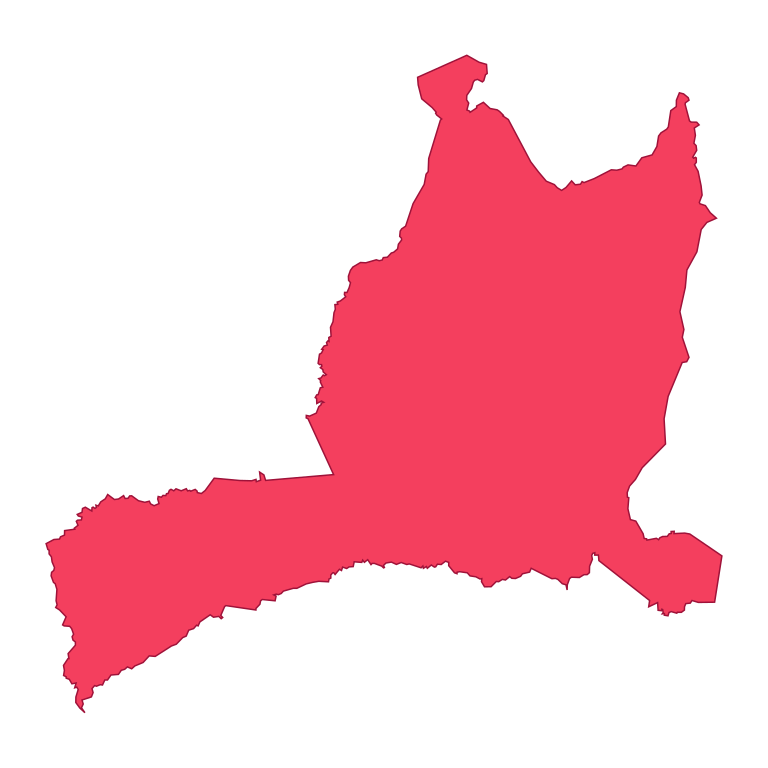 outline of Los Reyes, Michoacán, Mexico
{"feature_id": "50627088B42004114063605", "entity_name": "Los Reyes", "entity_type": "district", "adm_level": 2, "iso_a3": "MEX", "parent_name": "Mexico", "parent_adm1": "Michoacán", "projection": "orthographic", "projection_center": [-102.401, 19.663], "detail": "fine", "context": "isolated", "style": "filled", "palette": "rose", "viewbox_px": 768, "rotation_deg": 0, "n_neighbors": 0, "source": "geoboundaries", "source_scale": "gbopen_adm2", "svg_char_len": 6035}
<svg xmlns="http://www.w3.org/2000/svg" viewBox="0 0 768 768"><path d="M84.9,712.7L81.5,707.8L83.2,704.0L82.0,700.0L91.4,696.9L93.1,692.6L92.0,688.6L94.6,685.6L96.5,686.2L100.2,684.7L102.5,685.0L104.8,680.0L107.5,680.0L111.0,675.0L118.4,674.4L121.3,670.3L124.7,669.3L127.4,666.9L131.7,668.8L134.9,665.9L143.1,662.5L149.2,655.9L155.2,656.4L171.4,646.0L176.3,644.2L182.7,637.6L186.2,636.1L188.7,630.2L193.6,628.6L196.6,625.2L198.1,625.9L199.9,621.9L210.2,614.8L213.5,617.2L218.8,616.4L221.2,618.7L222.7,617.5L220.8,615.4L224.6,606.6L225.8,605.6L255.9,610.0L256.0,608.4L259.9,604.3L260.6,600.8L262.2,599.5L275.1,600.8L276.1,596.1L273.8,594.9L276.3,594.1L278.3,594.7L281.2,593.5L283.4,591.1L293.3,588.3L296.9,588.3L306.2,583.9L312.9,582.3L318.8,581.3L328.5,581.8L329.0,579.0L330.8,578.1L330.8,575.0L332.6,572.9L333.7,572.7L335.1,574.5L339.4,569.3L341.5,570.5L342.6,567.1L346.7,568.5L349.1,566.9L353.2,566.6L354.2,561.8L361.8,562.4L362.7,560.1L364.4,562.3L367.7,559.7L371.0,564.6L372.1,563.4L374.4,563.4L381.7,566.1L383.6,567.9L384.4,567.5L383.5,565.4L386.0,563.0L391.4,562.1L396.4,564.4L401.2,562.5L406.8,564.5L409.2,563.9L421.1,567.8L422.9,566.0L423.4,568.3L426.4,566.5L427.3,568.3L431.3,565.0L434.4,567.1L435.7,566.8L437.4,564.2L441.2,564.5L445.5,561.2L448.7,562.4L448.7,565.7L454.5,572.8L457.0,573.7L457.1,572.2L459.7,571.7L467.3,572.8L470.0,575.9L475.9,576.8L480.0,579.0L481.8,578.6L481.5,581.7L484.5,586.8L491.1,586.7L496.3,581.5L498.7,581.7L502.3,579.4L505.5,580.0L509.7,576.6L511.8,578.3L515.5,578.5L520.6,576.3L522.4,573.8L529.6,572.1L531.2,568.3L551.9,578.7L555.5,578.4L557.9,579.4L562.3,583.7L566.0,584.8L567.1,590.0L567.3,584.8L569.6,578.5L571.4,577.2L579.4,577.5L583.9,574.7L587.2,574.6L589.4,572.7L589.6,566.2L592.4,559.3L591.7,555.6L592.6,553.4L594.8,552.7L594.7,555.1L598.4,555.1L598.9,560.6L649.6,600.5L648.7,606.8L657.6,602.6L658.1,610.3L661.5,610.7L661.9,609.2L662.7,609.6L663.2,612.6L662.3,613.8L664.4,613.6L664.3,615.2L668.0,615.8L669.0,612.5L671.2,611.6L676.8,613.2L677.3,612.3L681.4,612.3L684.4,610.1L684.5,606.8L685.8,603.6L690.3,603.1L692.0,600.5L698.3,602.4L714.6,602.2L721.9,555.9L689.8,534.0L684.7,533.1L674.0,533.6L674.2,531.3L671.1,531.5L671.2,533.5L669.2,533.8L667.3,536.4L662.6,536.5L659.8,537.8L658.6,539.7L656.4,538.3L646.9,540.1L646.6,538.8L644.2,538.5L643.1,533.7L635.8,521.1L630.4,519.6L627.9,508.7L628.8,497.7L627.4,497.2L627.2,492.6L629.6,486.0L635.4,479.5L642.2,467.7L665.5,444.0L664.1,418.8L668.1,396.5L682.2,362.5L686.7,361.7L689.0,357.4L682.3,337.3L683.9,329.5L679.9,311.7L685.3,287.4L686.9,270.0L696.9,251.8L701.2,229.5L706.9,222.4L716.4,218.2L710.2,212.7L705.4,205.6L700.0,203.8L699.3,202.4L702.1,195.1L701.1,185.9L698.1,171.3L694.5,164.7L696.3,162.3L696.3,158.0L695.4,157.3L693.7,158.2L692.7,157.2L696.7,150.3L696.1,145.6L693.9,143.3L695.4,135.3L694.3,128.0L699.1,124.9L696.7,122.2L691.1,122.1L689.5,120.9L685.1,104.3L685.4,102.8L689.0,100.2L688.2,97.7L683.6,93.9L679.4,92.8L676.4,100.2L676.3,106.6L670.8,110.6L668.3,127.0L666.7,129.2L661.0,132.8L658.6,136.0L656.9,146.5L652.1,154.9L641.8,157.8L635.9,166.0L628.0,164.9L623.4,167.1L622.0,168.9L616.8,170.2L611.3,169.8L594.2,178.6L584.0,182.6L582.1,181.6L580.5,184.2L575.2,184.8L571.6,180.9L566.0,187.5L561.6,190.4L557.2,187.7L554.4,184.6L546.3,181.2L538.6,172.1L530.7,161.8L508.3,119.5L502.8,115.9L503.4,115.3L499.5,111.4L497.1,109.8L490.1,108.5L483.4,102.3L476.7,106.0L476.7,107.9L470.1,112.3L469.6,111.1L466.9,110.0L468.7,103.1L466.6,99.8L466.8,95.4L471.5,88.5L473.3,82.1L474.7,80.2L477.6,79.4L482.4,81.9L483.8,80.6L485.5,74.7L487.2,73.5L486.5,64.4L479.0,62.2L466.8,55.3L417.6,77.3L418.2,84.9L421.7,98.8L432.2,107.6L436.2,112.2L435.6,113.2L436.7,115.0L441.7,119.0L440.4,120.1L428.7,158.5L428.2,171.6L426.1,174.2L424.2,184.4L413.1,203.6L405.6,226.2L401.7,228.8L400.2,231.1L399.7,236.4L401.4,238.1L401.6,240.0L398.4,244.2L397.6,248.9L393.6,252.3L391.3,253.0L387.4,257.2L383.3,257.6L382.2,260.0L379.2,260.7L376.3,259.8L365.8,262.8L360.5,262.5L352.9,267.0L350.4,270.4L348.4,276.2L348.6,280.3L350.5,282.7L349.2,287.5L347.0,292.5L344.6,292.4L344.4,294.7L345.7,296.8L340.3,301.0L337.2,302.1L337.8,304.3L334.9,304.6L335.3,309.3L334.0,312.7L333.0,321.7L330.5,327.3L331.1,336.2L328.8,337.5L329.0,341.4L328.0,340.8L326.5,342.5L327.3,345.1L324.1,346.0L321.7,349.3L323.2,349.6L321.5,353.0L319.5,354.2L318.1,363.3L319.5,364.6L321.5,364.6L321.9,366.2L320.3,367.7L322.8,369.5L323.2,371.9L326.3,374.7L324.4,375.7L323.2,375.0L320.9,378.0L318.7,378.6L320.7,380.6L320.3,382.0L322.8,387.2L320.3,387.8L318.2,394.6L316.7,394.9L315.2,397.6L316.6,398.4L316.8,403.5L321.5,401.0L323.7,402.3L321.2,403.1L321.2,404.6L318.8,406.7L316.3,413.1L309.6,416.1L306.3,415.4L306.2,417.9L308.0,418.7L333.6,474.6L265.6,480.4L263.9,474.9L259.6,472.1L260.6,480.2L256.3,481.7L256.0,479.4L251.6,480.8L239.7,480.5L214.2,478.2L205.2,490.5L201.4,493.5L197.3,492.6L197.1,491.1L195.2,489.4L190.7,491.2L189.8,490.4L187.6,490.9L186.3,488.7L181.2,490.8L176.0,488.8L173.8,490.8L171.0,489.3L169.4,490.3L168.1,493.5L166.5,493.7L165.8,495.6L163.0,495.4L161.4,497.2L158.2,496.5L157.7,499.0L159.0,503.6L154.1,505.7L150.6,503.9L149.3,501.2L144.8,502.3L138.4,500.7L131.7,495.8L129.7,495.9L128.0,498.3L125.1,498.5L123.6,495.6L118.5,499.0L114.4,499.5L107.7,494.5L105.3,498.8L100.7,501.9L98.3,505.9L95.9,505.2L96.4,507.4L95.0,508.4L93.1,507.1L92.0,507.7L91.8,511.0L85.3,507.2L82.5,508.5L82.0,512.3L77.2,514.4L78.3,516.0L82.0,517.1L81.4,519.9L77.5,520.2L76.3,521.3L78.0,525.3L74.3,528.2L74.8,529.2L64.6,530.6L64.5,535.1L60.5,536.8L59.5,539.1L53.9,539.5L46.1,543.6L47.8,549.4L49.1,550.3L49.1,553.9L51.4,556.8L52.1,561.9L54.5,567.6L53.8,570.4L51.6,572.3L51.1,575.8L53.5,582.4L55.2,583.7L56.9,589.4L56.1,600.8L57.1,604.8L55.7,607.5L59.6,610.0L66.1,616.8L62.6,624.9L64.1,625.9L69.7,626.3L71.6,628.6L73.6,634.2L72.1,636.7L73.0,640.1L75.4,642.0L75.4,645.2L68.1,653.6L68.9,658.6L68.0,658.6L63.5,665.4L64.4,670.4L63.6,675.5L66.1,676.7L66.2,678.2L69.3,679.3L71.9,683.8L76.1,683.0L74.7,687.8L76.7,687.1L78.2,689.5L75.9,697.0L75.8,702.5L79.8,708.0L84.9,712.7Z" fill="#f43f5e" stroke="#9f1239" stroke-width="1.5"/></svg>